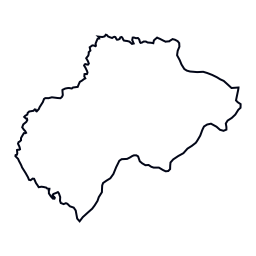 outline of St. John River City, Grand Bassa, Liberia
{"feature_id": "62588387B7916938294123", "entity_name": "St. John River City", "entity_type": "district", "adm_level": 2, "iso_a3": "LBR", "parent_name": "Liberia", "parent_adm1": "Grand Bassa", "projection": "orthographic", "projection_center": [-10.036, 6.04], "detail": "fine", "context": "isolated", "style": "outline", "palette": "ink", "viewbox_px": 256, "rotation_deg": 0, "n_neighbors": 0, "source": "geoboundaries", "source_scale": "gbopen_adm2", "svg_char_len": 3617}
<svg xmlns="http://www.w3.org/2000/svg" viewBox="0 0 256 256"><path d="M79.6,221.3L82.8,217.1L87.9,212.5L92.2,208.7L94.6,205.5L97.5,200.9L98.8,197.1L101.9,192.2L102.0,189.2L102.2,185.4L103.1,183.0L106.4,180.7L110.3,178.3L113.4,174.0L116.2,167.1L117.8,163.9L119.3,160.8L121.6,159.2L127.1,158.9L127.7,158.6L129.9,157.5L132.3,156.0L134.0,155.3L136.3,155.3L138.1,156.4L139.8,161.3L141.6,162.8L142.0,163.2L145.4,165.2L148.6,165.0L151.3,166.8L153.7,167.6L158.9,167.6L163.1,170.1L165.7,171.3L168.3,171.0L169.4,169.8L170.1,169.1L170.2,165.7L170.5,162.5L173.2,159.4L178.3,156.0L183.4,153.2L185.0,151.4L187.5,148.6L191.8,145.9L195.8,142.8L196.7,141.5L197.3,140.6L200.2,135.7L201.5,132.2L202.1,130.5L202.8,128.9L204.0,126.5L207.2,124.5L211.0,123.7L216.5,126.7L220.0,129.8L223.5,130.8L226.2,129.7L226.4,129.6L226.4,127.0L225.8,123.5L227.6,120.6L231.8,117.9L235.3,114.6L238.3,109.8L240.5,107.8L240.6,105.5L240.6,104.1L237.7,102.2L236.0,100.4L236.7,97.0L238.1,90.3L238.5,87.9L238.5,87.5L235.8,87.7L231.5,88.0L227.6,84.4L223.7,80.9L220.2,79.3L217.8,77.8L216.8,77.2L216.4,77.0L212.1,74.9L207.2,73.0L203.2,71.8L197.2,72.1L190.0,71.5L186.8,70.6L184.3,69.0L181.5,64.5L179.7,60.1L177.1,55.3L177.2,54.2L177.7,50.8L179.4,46.7L179.2,43.3L179.2,43.1L177.7,41.2L175.1,39.8L174.9,39.7L172.9,39.2L172.6,39.1L169.4,41.1L169.3,41.3L165.8,41.6L165.6,41.7L163.3,40.6L163.1,40.5L160.0,38.9L159.8,38.8L157.6,37.9L157.4,37.7L157.1,37.6L155.2,39.2L153.9,40.4L153.3,43.2L151.3,42.8L151.1,42.8L150.2,42.7L147.6,42.5L145.8,41.5L143.7,41.5L142.1,42.5L140.6,42.9L140.0,42.2L139.2,39.4L137.9,38.0L136.0,38.2L133.8,37.5L132.7,37.6L132.2,40.0L133.7,43.5L133.3,43.6L132.0,43.9L130.4,42.5L129.4,41.6L127.2,41.0L125.3,40.8L123.8,40.5L123.2,39.5L122.2,37.5L121.5,37.0L120.3,37.4L119.6,39.0L117.8,39.7L116.9,39.7L116.2,38.7L115.4,37.1L114.3,36.8L113.3,37.2L112.1,38.0L109.5,37.1L108.0,36.4L106.9,35.1L105.8,34.7L104.6,36.4L102.4,37.0L99.9,36.8L98.3,36.6L98.6,36.9L99.2,38.5L97.6,38.8L96.7,40.8L95.6,43.6L95.9,45.8L95.4,46.2L93.8,45.5L92.3,45.4L91.8,45.8L89.7,47.3L90.4,50.6L88.7,52.2L88.7,53.8L88.3,55.6L87.3,56.8L86.9,57.3L86.2,58.2L87.9,61.1L88.8,63.5L88.3,64.3L88.1,64.6L87.2,64.6L85.4,64.1L84.7,64.4L84.1,65.6L85.4,67.6L87.1,71.2L87.5,72.6L86.9,74.1L85.2,74.0L84.5,74.1L84.3,76.4L85.3,78.4L84.1,79.0L81.7,80.8L80.1,81.7L79.8,81.9L78.7,84.4L77.7,86.9L73.0,87.5L71.8,88.5L69.0,88.0L67.6,88.1L65.5,88.5L65.1,88.6L63.9,89.2L63.1,89.5L62.4,90.0L62.5,91.6L62.8,95.0L62.1,96.7L60.5,98.2L57.4,98.0L56.0,97.8L51.9,97.3L48.4,98.2L46.8,98.1L45.3,98.1L44.0,99.0L43.1,101.4L42.9,102.0L39.6,107.2L38.8,109.1L36.7,111.4L36.2,111.2L35.7,109.6L34.7,109.4L33.5,110.8L32.7,110.9L30.4,111.3L29.2,111.5L27.7,112.9L27.3,114.6L25.3,115.7L24.2,116.9L25.9,118.5L26.9,118.5L27.3,120.0L26.3,121.9L23.3,124.4L22.2,127.3L23.8,129.6L25.2,131.1L26.1,132.8L25.4,133.2L23.8,133.2L23.3,134.1L21.8,136.6L21.0,138.1L21.0,140.3L19.6,141.6L18.6,142.1L18.0,143.7L18.6,145.0L19.3,146.4L19.8,148.1L20.0,149.3L19.3,149.7L17.5,149.8L17.0,150.0L17.3,153.3L16.9,154.7L15.6,155.1L15.4,156.1L16.7,157.5L18.1,158.9L18.9,160.8L20.8,164.4L21.5,165.9L22.0,167.3L25.7,173.2L27.1,175.7L28.0,177.3L29.0,179.8L30.6,180.2L32.7,178.6L34.1,178.8L36.0,183.1L37.4,185.1L37.6,185.4L38.7,187.2L39.9,187.0L41.4,186.7L43.6,187.0L46.2,187.6L47.3,188.6L49.1,188.8L49.4,188.8L49.3,189.9L48.7,190.5L48.9,191.6L48.9,193.4L50.9,196.4L52.9,198.6L54.4,198.7L54.8,197.8L54.2,196.9L53.5,196.4L52.6,195.1L53.4,194.0L56.5,192.8L57.4,192.3L57.9,192.1L58.9,193.4L60.2,197.1L60.0,200.8L60.8,203.0L63.6,204.1L65.9,203.2L67.4,203.8L69.9,206.3L73.7,207.6L75.7,210.5L77.2,218.6L79.6,221.3Z" fill="none" stroke="#020617" stroke-width="2"/></svg>